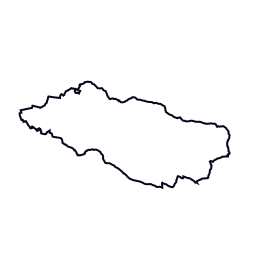 Eremitu, Mures, Romania, rotated 35°
{"feature_id": "2599482B4577916371585", "entity_name": "Eremitu", "entity_type": "district", "adm_level": 2, "iso_a3": "ROU", "parent_name": "Romania", "parent_adm1": "Mures", "projection": "equal_earth", "projection_center": [24.922, 46.656], "detail": "fine", "context": "isolated", "style": "outline", "palette": "ink", "viewbox_px": 256, "rotation_deg": 35, "n_neighbors": 0, "source": "geoboundaries", "source_scale": "gbopen_adm2", "svg_char_len": 5725}
<svg xmlns="http://www.w3.org/2000/svg" viewBox="0 0 256 256"><g transform="rotate(35 128 128)"><path d="M92.8,176.6L94.6,176.4L95.5,176.5L96.7,177.0L97.0,176.6L97.8,176.9L99.3,177.4L102.2,179.2L102.5,179.1L102.6,178.7L103.1,178.8L103.4,178.7L104.2,177.8L104.4,177.8L104.8,177.5L104.9,177.3L105.4,176.8L106.7,175.0L107.2,174.5L107.3,173.6L106.8,173.2L106.8,172.2L106.7,171.5L107.2,170.9L107.2,170.0L107.8,169.5L107.9,168.9L108.1,168.6L109.7,167.6L110.8,166.0L112.7,165.5L113.2,164.7L114.6,163.9L117.0,163.5L117.6,163.6L118.3,163.5L118.9,163.3L120.2,164.2L123.0,164.8L124.5,166.2L124.9,167.3L126.7,168.3L129.6,169.6L130.3,169.3L133.2,167.4L136.0,167.2L138.2,166.7L139.4,167.1L141.4,167.1L142.1,166.8L144.1,166.8L148.6,167.2L149.9,167.7L151.6,167.5L153.1,167.6L157.2,168.5L159.2,168.4L162.7,167.5L168.5,165.0L170.2,164.6L173.8,164.1L174.5,163.9L176.2,162.9L178.7,160.9L181.1,160.6L183.1,159.8L184.6,159.9L185.6,159.7L187.7,157.9L188.2,157.7L190.3,157.2L187.5,153.7L187.5,153.2L188.3,153.3L191.0,152.5L191.5,152.2L194.1,152.3L195.9,151.9L197.6,151.4L198.5,150.8L198.8,149.9L198.7,148.5L198.3,146.7L198.5,145.1L198.4,144.3L197.4,142.7L197.4,142.1L197.0,140.7L196.7,140.0L196.6,139.0L196.6,138.8L198.9,138.1L199.3,138.2L200.1,138.4L201.3,138.0L201.6,137.8L201.9,137.6L201.9,137.4L201.8,137.2L201.8,136.9L201.1,135.9L205.1,134.9L207.8,133.7L209.3,133.8L212.6,133.6L213.3,133.7L214.4,134.1L214.5,133.9L215.2,133.5L215.9,133.4L214.9,133.0L214.9,132.9L214.9,132.2L215.5,131.2L216.4,129.4L217.2,128.5L217.4,127.9L217.4,127.5L217.5,127.2L218.1,126.7L222.1,123.3L222.1,123.0L222.0,122.2L221.7,122.0L221.4,121.4L221.2,120.8L220.8,118.4L219.1,115.1L219.5,114.3L219.3,113.4L218.2,111.3L217.6,110.9L217.6,110.5L216.4,110.0L214.3,108.5L214.9,107.4L216.9,107.1L216.9,106.3L217.4,104.5L218.2,103.1L218.8,101.6L219.2,101.5L219.5,100.9L221.2,98.9L221.3,98.5L221.7,97.3L223.1,96.4L224.4,95.2L226.1,94.2L225.9,93.9L226.0,93.7L226.0,93.4L225.8,93.2L225.0,93.1L224.9,93.0L224.9,92.7L225.4,92.3L225.4,92.1L225.3,91.6L225.9,91.0L225.8,90.6L225.6,90.3L225.3,90.0L224.8,89.7L224.0,89.6L223.6,89.3L223.1,88.4L222.9,88.1L222.4,87.8L221.5,86.8L221.0,86.6L220.6,86.0L220.3,85.9L219.6,85.8L218.9,84.9L218.5,84.3L217.4,82.5L217.3,82.0L217.2,81.8L217.2,80.7L216.8,80.2L216.8,79.6L216.9,78.7L215.2,75.5L213.5,74.9L212.4,73.2L208.0,71.8L205.0,71.8L203.9,73.0L202.9,73.6L202.4,74.3L200.7,74.9L200.4,75.9L197.2,74.5L196.2,75.0L195.1,75.8L193.4,76.5L192.6,77.2L192.1,77.8L191.4,78.3L190.2,79.4L188.5,80.1L187.3,80.7L185.2,81.1L183.5,81.6L182.3,82.4L179.8,84.1L177.0,85.0L176.2,85.4L175.0,86.2L174.6,86.9L173.8,87.7L171.8,89.3L170.2,89.6L169.7,90.0L168.9,90.4L168.0,90.3L167.6,90.2L166.9,90.2L166.2,89.8L164.8,89.5L164.2,89.6L163.8,90.5L163.1,90.9L162.8,91.6L159.5,92.6L157.0,92.4L153.8,93.2L149.9,93.1L148.8,92.2L146.7,90.1L145.3,89.2L143.0,89.6L141.2,89.6L140.6,89.7L140.0,90.2L138.9,90.7L138.4,90.8L138.0,91.0L137.2,91.1L136.3,91.5L135.3,92.6L134.6,93.1L133.8,92.9L133.4,92.9L132.2,93.4L130.1,94.8L129.5,95.0L126.7,96.2L125.5,96.3L125.0,96.6L124.5,97.1L123.8,97.2L121.6,98.0L120.8,98.4L119.4,99.3L118.9,99.4L117.6,99.0L117.2,99.0L116.6,99.0L116.0,99.1L114.9,99.6L113.9,100.5L113.7,100.7L113.7,101.4L113.6,101.5L113.1,102.4L112.0,103.9L111.8,104.4L111.7,105.6L111.5,106.0L110.8,106.7L110.5,108.0L110.3,108.4L108.8,110.1L107.5,110.9L107.1,111.0L106.2,110.8L105.1,110.5L103.9,110.8L104.1,111.1L103.3,111.0L102.8,111.1L101.0,111.3L100.4,111.8L99.8,112.4L99.6,112.4L99.4,112.3L99.1,112.3L98.4,112.6L97.3,113.8L96.8,114.6L96.4,114.8L95.9,114.7L95.0,114.2L93.6,113.9L91.1,112.3L90.2,111.6L88.5,110.6L87.3,111.0L86.0,111.0L83.9,110.3L82.5,111.5L81.6,112.1L80.4,112.7L79.6,112.7L78.6,112.3L76.6,112.0L75.6,111.7L75.2,111.7L73.5,112.3L72.8,112.0L72.2,111.7L71.6,111.6L71.0,111.8L70.1,112.2L69.6,112.7L68.8,112.9L68.4,113.1L68.0,113.7L66.9,114.8L66.2,115.3L66.2,115.7L66.4,116.3L66.1,117.1L65.8,117.5L63.7,119.9L63.5,120.2L63.9,121.0L64.5,120.7L64.6,120.8L64.7,122.5L64.8,123.2L64.8,123.8L64.4,125.0L64.7,125.3L65.7,125.5L67.6,125.1L67.7,126.9L68.1,127.8L66.4,128.3L66.2,128.2L66.0,128.6L65.3,129.1L65.0,129.3L64.8,129.2L63.4,128.5L63.2,128.1L63.3,127.1L63.4,126.7L63.6,126.3L63.4,126.0L62.6,126.1L62.6,126.3L62.5,126.6L61.6,126.6L61.3,126.9L60.7,126.9L60.2,127.3L59.8,127.4L59.7,127.6L58.9,127.7L58.6,127.9L58.6,128.1L58.7,128.5L58.6,128.8L58.2,129.3L57.9,130.2L57.5,130.8L57.3,131.1L57.4,131.5L56.6,132.7L56.5,133.0L56.1,133.4L56.0,133.7L56.2,134.1L56.3,136.2L56.8,137.4L56.6,137.8L56.4,138.0L56.4,138.5L54.0,138.5L53.8,139.4L54.1,140.8L55.1,142.4L50.0,145.2L44.8,147.8L45.1,149.2L45.6,149.9L45.9,150.7L45.9,151.4L46.2,152.6L46.9,153.6L46.9,154.3L46.8,154.5L46.5,155.7L46.6,156.2L46.9,156.8L46.9,157.2L46.3,158.0L46.1,158.8L45.1,160.8L44.9,160.8L44.5,161.9L43.9,161.8L37.0,164.5L37.8,166.6L29.9,175.0L31.9,176.6L30.8,178.1L32.1,179.7L36.0,182.5L36.3,182.4L37.1,181.7L38.4,182.7L38.4,182.4L38.3,182.0L38.5,181.9L39.2,182.2L39.4,182.2L39.8,182.1L40.2,181.6L40.4,181.0L40.6,180.9L41.0,181.2L41.5,181.3L42.3,181.7L43.3,182.3L44.6,182.9L45.1,183.1L47.1,183.5L47.6,183.8L47.8,184.1L48.3,184.2L49.2,183.4L48.9,183.1L48.6,181.8L48.9,181.6L49.9,181.6L50.6,181.9L51.2,181.8L53.5,181.8L54.0,182.0L54.4,182.4L55.3,182.4L55.5,182.3L55.7,181.8L54.8,181.1L54.6,180.9L54.7,180.3L55.4,179.3L55.7,179.5L56.5,179.1L57.2,180.2L57.3,180.2L57.5,179.8L57.7,179.7L57.8,179.7L58.5,180.8L59.0,180.9L59.3,181.0L59.8,181.8L59.8,182.1L60.2,182.2L63.5,180.8L63.8,180.5L64.4,179.7L64.0,178.8L64.1,178.0L64.4,177.5L64.4,177.2L64.7,176.3L65.0,176.1L65.3,175.0L66.7,176.8L68.6,176.3L69.2,176.6L71.1,178.3L72.1,178.0L78.0,175.1L79.4,174.8L80.1,175.2L81.1,175.7L83.0,177.8L84.1,177.6L85.1,177.8L86.0,177.7L86.3,177.3L86.5,177.3L89.4,177.6L92.8,176.6Z" fill="none" stroke="#020617" stroke-width="2"/></g></svg>